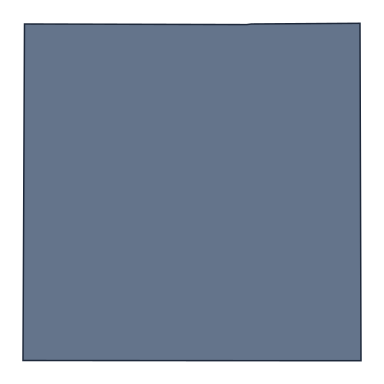 Castro, Texas, United States of America
{"feature_id": "52423323B59330108654898", "entity_name": "Castro", "entity_type": "district", "adm_level": 2, "iso_a3": "USA", "parent_name": "United States of America", "parent_adm1": "Texas", "projection": "albers", "projection_center": [-102.185, 34.531], "detail": "fine", "context": "isolated", "style": "filled", "palette": "slate", "viewbox_px": 384, "rotation_deg": 0, "n_neighbors": 0, "source": "geoboundaries", "source_scale": "gbopen_adm2", "svg_char_len": 222}
<svg xmlns="http://www.w3.org/2000/svg" viewBox="0 0 384 384"><path d="M361.0,360.7L360.0,23.3L251.5,24.0L246.7,24.6L24.5,24.0L23.0,360.5L301.8,360.7L361.0,360.7Z" fill="#64748b" stroke="#1e293b" stroke-width="1.5"/></svg>